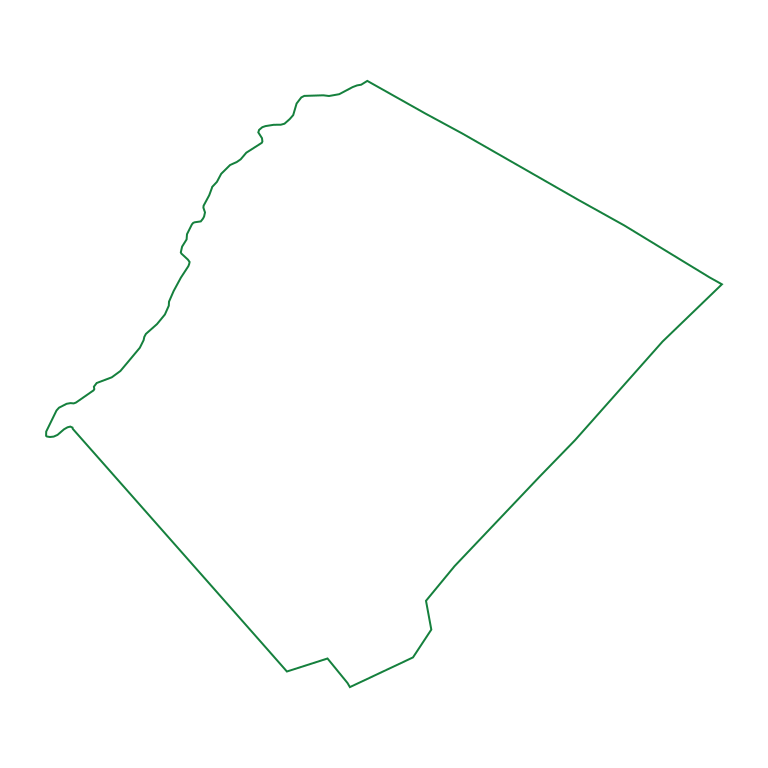 Sussex, New Jersey, United States of America (Robinson projection)
{"feature_id": "52423323B31235652397007", "entity_name": "Sussex", "entity_type": "district", "adm_level": 2, "iso_a3": "USA", "parent_name": "United States of America", "parent_adm1": "New Jersey", "projection": "robinson", "projection_center": [-74.813, 41.128], "detail": "fine", "context": "isolated", "style": "outline", "palette": "green", "viewbox_px": 768, "rotation_deg": 0, "n_neighbors": 0, "source": "geoboundaries", "source_scale": "gbopen_adm2", "svg_char_len": 1309}
<svg xmlns="http://www.w3.org/2000/svg" viewBox="0 0 768 768"><path d="M286.9,671.5L327.5,658.5L347.5,683.0L349.9,687.1L413.0,657.4L431.3,629.6L426.0,600.8L454.6,566.1L539.8,476.4L575.1,440.1L662.5,341.6L721.9,284.3L709.4,277.3L624.2,225.4L578.7,200.1L462.1,133.4L425.1,113.4L367.3,80.9L361.2,84.7L357.1,85.4L352.6,87.1L339.2,94.2L329.0,96.0L323.3,95.3L304.3,95.9L301.3,97.4L296.6,103.5L293.2,115.1L289.7,119.1L284.5,123.7L280.9,124.7L273.7,124.8L265.5,126.1L262.3,127.2L259.1,129.9L258.3,132.4L262.0,138.2L262.4,141.5L261.8,142.8L246.3,152.7L240.7,159.3L236.8,162.0L230.1,165.0L221.2,173.8L216.9,181.9L212.2,186.9L211.9,188.0L209.2,195.3L203.6,205.7L203.4,207.7L205.0,212.4L204.1,216.5L203.0,218.6L200.8,221.4L194.6,222.3L193.2,222.9L191.9,224.4L187.0,234.2L186.6,239.4L182.1,246.6L180.8,252.4L181.4,253.6L187.9,259.6L189.6,262.0L189.2,263.9L188.4,266.1L180.9,277.6L173.6,291.1L169.0,301.7L168.8,305.7L164.9,314.5L157.0,324.1L145.9,333.9L144.3,336.9L143.6,340.2L139.8,347.8L120.4,371.0L111.8,377.3L96.7,383.0L93.9,386.7L94.3,389.1L93.6,390.3L75.9,402.6L73.7,403.4L70.5,403.1L66.6,403.8L59.0,407.7L56.5,410.5L46.2,431.6L46.1,435.8L46.9,436.5L49.9,437.0L53.7,436.6L57.5,434.9L64.0,429.3L67.5,427.3L70.3,426.6L72.5,427.6L72.8,428.9L264.2,645.7L286.9,671.5Z" fill="none" stroke="#15803d" stroke-width="2"/></svg>